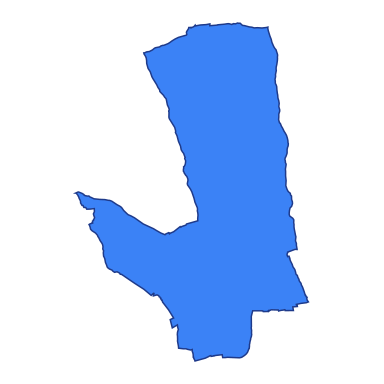 the district of Oncesti, Bacau, Romania
{"feature_id": "2599482B34822655118034", "entity_name": "Oncesti", "entity_type": "district", "adm_level": 2, "iso_a3": "ROU", "parent_name": "Romania", "parent_adm1": "Bacau", "projection": "mercator", "projection_center": [27.254, 46.484], "detail": "fine", "context": "isolated", "style": "filled", "palette": "blue", "viewbox_px": 384, "rotation_deg": 0, "n_neighbors": 0, "source": "geoboundaries", "source_scale": "gbopen_adm2", "svg_char_len": 5958}
<svg xmlns="http://www.w3.org/2000/svg" viewBox="0 0 384 384"><path d="M241.7,357.3L244.6,355.4L246.4,353.8L247.6,352.1L248.9,348.7L249.2,348.6L249.5,345.9L249.4,344.9L249.7,343.7L250.0,341.7L250.6,339.5L250.7,338.4L251.4,336.4L251.7,334.2L251.5,333.4L251.6,330.4L251.2,327.9L251.4,326.6L251.3,316.4L252.7,310.8L261.2,310.8L262.8,310.9L263.2,311.6L267.7,311.5L268.5,311.6L268.8,311.3L268.2,310.9L268.9,310.3L270.1,310.4L271.1,309.8L278.3,310.0L278.6,311.0L280.8,310.4L283.8,310.0L284.3,309.7L285.1,309.9L285.2,310.6L293.4,310.5L292.8,306.9L297.4,306.5L297.2,305.2L296.5,305.0L296.3,304.4L300.9,303.4L306.4,302.7L308.4,301.9L307.1,300.0L306.8,298.5L306.9,297.7L307.1,297.3L306.4,297.0L306.1,296.2L305.4,295.5L305.6,295.2L305.0,294.4L303.9,290.8L303.5,290.2L303.5,289.5L303.0,288.6L303.0,288.2L302.6,287.4L302.3,286.5L301.5,285.3L301.0,283.3L299.6,281.4L299.1,280.5L299.1,279.9L298.5,278.4L297.9,277.5L297.3,275.3L296.4,274.7L295.9,273.8L295.6,272.2L294.8,269.5L292.9,266.7L292.2,264.4L290.5,261.0L289.6,258.3L289.8,258.2L289.0,256.2L287.6,256.6L287.4,255.5L287.0,255.0L287.3,253.2L287.8,252.6L287.7,252.1L294.7,249.5L295.9,249.3L296.9,249.5L297.1,249.5L297.1,249.3L296.4,245.3L296.4,243.4L295.6,241.3L295.5,240.5L295.9,236.8L295.5,235.3L294.2,228.6L294.0,226.8L294.0,224.3L293.7,222.8L293.8,220.5L293.7,219.6L292.7,218.2L289.8,216.1L289.5,215.4L289.2,214.4L289.2,213.3L289.4,211.0L289.9,208.5L290.2,207.8L291.6,206.4L292.5,203.7L292.4,201.8L291.6,199.4L291.5,196.0L290.5,194.8L290.3,193.3L288.7,192.0L287.7,190.8L287.6,190.4L287.1,189.5L285.8,185.7L286.1,180.6L285.6,176.0L285.6,171.4L285.4,169.1L286.0,165.4L286.1,164.1L285.5,162.7L285.3,162.2L285.4,161.2L284.9,159.4L285.2,157.9L285.9,156.6L286.8,154.1L287.1,153.0L287.1,149.6L287.5,147.5L288.1,146.0L288.3,144.1L288.3,143.5L288.0,142.7L287.9,140.6L287.3,137.9L286.5,135.4L285.2,133.0L284.1,131.3L282.5,128.0L281.4,126.2L280.4,123.6L279.9,123.0L279.5,122.8L278.6,119.7L278.8,116.9L278.8,114.1L279.7,111.2L279.7,110.3L279.7,109.8L278.8,106.5L279.2,103.4L278.7,100.5L278.2,99.0L277.9,97.7L277.7,95.0L277.3,93.1L276.9,89.8L276.7,86.6L276.2,85.0L275.5,83.7L275.3,82.8L275.3,81.1L275.0,79.4L275.6,76.7L275.5,74.5L276.3,70.5L276.1,69.1L276.2,67.1L276.8,64.5L277.4,60.4L277.5,58.3L277.4,57.1L277.6,55.6L277.5,54.4L276.0,49.7L274.9,48.5L273.7,46.5L271.9,42.3L271.2,39.3L269.9,36.0L268.3,30.8L267.8,28.4L267.9,27.1L266.3,27.5L262.0,28.0L257.4,27.7L254.2,27.9L251.9,27.2L249.3,26.9L244.4,25.6L242.5,25.4L240.1,23.2L238.7,23.3L237.7,23.0L235.2,23.9L233.7,23.6L232.9,24.1L232.4,24.0L231.8,24.5L229.0,23.7L227.7,23.7L224.3,24.2L217.7,24.8L217.5,25.0L216.1,25.2L209.8,25.7L209.9,23.9L206.1,24.6L200.3,25.0L195.5,25.9L195.2,25.1L193.9,26.6L191.9,27.5L191.2,27.8L191.2,27.4L188.8,27.5L188.4,28.9L187.0,31.0L186.4,32.2L186.8,34.6L186.4,35.1L178.4,37.4L175.1,39.0L171.7,41.1L170.0,42.4L168.1,43.6L163.9,45.3L162.5,45.4L160.6,46.1L159.7,46.9L155.6,47.7L154.5,48.2L152.5,49.9L149.2,51.6L148.0,51.6L147.1,51.9L146.5,51.9L144.8,52.8L143.8,52.9L144.1,54.1L145.3,55.9L146.2,57.9L146.6,60.6L146.7,63.5L148.1,68.5L150.2,71.7L151.9,76.7L152.9,78.6L156.7,84.7L158.0,87.5L159.6,89.8L159.8,91.3L160.2,91.9L163.5,95.3L164.6,97.1L166.0,98.6L166.3,99.5L167.4,105.0L168.3,106.9L169.1,108.9L169.2,109.6L169.1,110.1L168.7,111.0L168.8,111.8L169.0,112.2L168.9,117.2L169.3,118.7L174.7,127.4L175.5,130.3L175.7,131.3L175.4,132.4L177.0,135.7L178.5,141.4L180.5,146.1L181.2,149.8L182.4,151.8L183.6,153.4L184.8,156.7L185.2,157.4L184.8,157.9L184.7,158.6L185.6,160.6L185.6,161.9L185.3,164.0L185.1,164.7L184.3,166.3L183.6,166.8L183.7,168.3L183.4,169.0L183.4,171.3L184.1,172.3L184.3,173.2L184.6,173.5L184.8,173.9L185.3,174.5L185.5,175.0L186.8,176.4L187.7,178.5L188.0,180.1L187.3,183.7L187.6,185.0L190.3,188.9L191.8,191.8L194.0,198.2L194.6,200.6L194.9,202.0L197.4,207.9L197.5,209.8L197.3,210.8L197.8,213.0L198.0,215.2L197.7,218.6L197.8,220.8L186.5,224.0L185.9,225.1L181.8,226.5L180.8,227.2L180.2,226.6L173.7,231.7L170.5,233.1L169.4,233.9L169.1,233.5L169.7,233.1L169.6,232.9L168.8,233.0L168.6,232.7L165.7,234.0L165.0,234.7L160.8,233.0L156.1,230.3L153.5,228.7L143.3,224.0L134.5,217.8L130.8,215.8L128.3,214.8L127.1,213.8L123.7,210.5L121.8,207.8L121.0,207.0L119.7,206.1L117.2,204.8L111.8,201.2L109.7,200.4L108.2,200.3L104.9,199.6L99.7,199.4L94.0,198.8L91.3,197.5L90.0,197.0L88.9,196.0L87.5,196.1L84.9,195.6L84.5,195.1L84.1,195.1L83.7,194.4L82.1,193.4L78.6,192.0L78.1,192.0L75.6,193.1L76.3,193.2L78.1,195.6L78.3,196.4L78.7,196.9L79.2,198.5L80.1,200.2L80.5,201.2L80.6,203.0L82.0,205.4L83.1,205.5L83.7,207.2L84.0,207.5L85.2,207.4L85.8,207.6L86.7,209.2L90.1,209.1L94.3,208.6L94.4,211.7L93.4,213.9L94.0,216.1L94.6,217.3L94.4,217.8L94.4,218.3L93.4,219.9L93.5,220.4L92.5,221.1L92.6,223.1L92.1,223.1L92.0,222.8L91.1,223.6L90.4,223.7L89.3,224.3L89.0,224.7L89.4,225.0L90.1,227.0L90.5,229.0L91.0,229.7L92.1,230.8L95.6,233.1L96.7,234.4L97.5,235.3L97.9,236.5L98.9,238.0L100.0,240.4L102.2,243.7L102.7,245.1L103.0,246.9L102.8,248.4L102.9,249.4L103.6,250.7L103.3,252.9L103.6,256.2L104.2,257.3L104.8,258.8L105.5,262.6L106.4,264.6L107.2,267.0L107.7,267.7L109.4,269.0L112.0,270.1L112.7,271.0L114.5,272.3L117.1,271.8L119.6,273.1L120.2,274.2L121.6,274.4L134.5,283.2L143.8,289.2L151.2,295.4L153.4,293.4L153.8,293.3L154.0,293.6L153.5,294.7L153.4,295.9L156.9,294.9L157.8,295.2L158.9,295.9L159.2,296.8L159.9,297.0L160.5,298.3L160.9,298.3L161.0,299.3L161.7,300.3L162.1,300.2L162.6,302.1L168.6,309.9L173.6,318.0L170.2,319.6L172.3,327.9L177.4,324.9L177.6,326.6L177.9,328.1L178.4,329.2L177.5,332.2L177.3,334.5L177.5,336.1L177.6,339.5L177.5,341.1L178.4,346.0L178.6,348.2L183.4,348.8L186.1,348.8L187.4,349.3L190.6,350.0L192.2,349.5L192.2,351.3L192.7,352.5L193.1,353.9L193.2,355.4L193.4,356.7L193.2,356.8L193.2,357.2L193.8,358.1L193.9,358.6L194.7,360.0L195.0,361.0L205.2,358.2L208.6,356.6L209.7,355.9L210.8,355.6L211.1,356.4L214.1,355.9L214.0,355.7L216.0,355.4L222.2,354.7L222.7,357.6L225.0,357.6L227.6,357.3L239.6,357.8L241.7,357.3Z" fill="#3b82f6" stroke="#1e3a8a" stroke-width="1.5"/></svg>